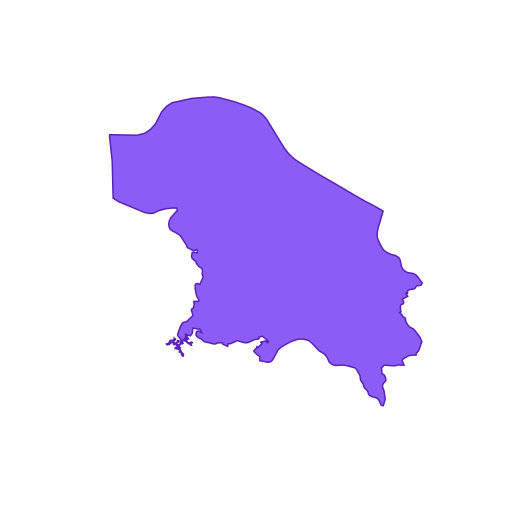 Quang Yen, Quảng Ninh, Vietnam, rotated 122°
{"feature_id": "81297802B38356347526872", "entity_name": "Quang Yen", "entity_type": "district", "adm_level": 2, "iso_a3": "VNM", "parent_name": "Vietnam", "parent_adm1": "Quảng Ninh", "projection": "equal_earth", "projection_center": [106.908, 20.924], "detail": "fine", "context": "isolated", "style": "filled", "palette": "violet", "viewbox_px": 512, "rotation_deg": 122, "n_neighbors": 0, "source": "geoboundaries", "source_scale": "gbopen_adm2", "svg_char_len": 6129}
<svg xmlns="http://www.w3.org/2000/svg" viewBox="0 0 512 512"><g transform="rotate(122 256 256)"><path d="M282.8,407.7L282.7,400.9L278.1,373.3L276.3,368.7L274.0,365.6L268.9,362.4L263.6,357.4L259.3,351.9L257.3,348.5L259.6,346.6L261.2,347.4L268.8,348.5L271.8,348.2L274.8,347.2L277.4,345.1L278.7,343.0L279.0,341.1L279.0,339.8L278.7,336.4L278.7,333.0L279.1,330.5L283.4,321.2L285.1,318.9L285.3,318.2L285.0,317.3L284.8,313.3L284.1,311.4L283.2,310.6L281.8,309.9L281.9,309.2L284.3,307.6L284.9,307.9L285.7,311.0L286.6,311.9L288.2,311.5L290.9,310.1L291.8,308.9L292.3,306.9L292.5,304.5L294.0,302.3L295.0,299.6L295.3,298.0L295.1,296.2L295.7,294.9L297.5,293.0L299.0,292.7L300.4,291.7L301.6,289.7L310.0,288.6L310.2,291.0L311.2,292.1L312.6,292.3L316.1,290.2L320.6,285.9L322.3,283.8L323.0,281.9L323.9,280.9L325.1,280.9L327.1,284.3L327.5,284.7L330.0,282.7L332.2,281.9L333.7,281.8L335.1,282.4L336.4,282.0L337.3,280.7L339.7,278.3L340.6,278.1L348.8,280.2L349.6,281.3L351.2,282.7L353.1,283.0L356.7,282.6L362.3,281.4L364.4,280.8L365.2,279.6L367.3,273.9L367.2,273.6L366.7,273.2L361.9,272.6L361.2,272.9L359.9,274.4L359.4,273.7L358.6,269.4L357.3,269.2L355.9,269.1L354.0,269.5L353.2,270.2L350.5,271.2L348.9,266.9L347.8,264.8L349.8,261.5L349.9,262.4L349.7,264.1L350.4,265.4L351.2,266.2L352.6,266.1L353.9,265.6L354.8,264.8L355.3,264.0L355.6,262.7L355.8,260.2L355.3,259.1L356.1,254.8L355.9,253.8L353.9,248.2L353.2,245.6L351.8,243.5L350.4,242.9L347.6,238.9L347.5,238.4L348.1,238.0L348.4,237.1L347.8,234.1L347.8,232.2L347.5,232.1L346.7,232.7L345.0,233.1L344.1,231.3L337.7,227.0L335.9,220.5L334.7,218.2L333.4,216.7L329.0,213.7L327.7,213.1L325.1,209.9L324.2,209.7L323.1,210.5L320.7,208.0L321.4,201.7L321.9,201.7L322.2,200.2L323.4,200.1L323.6,200.4L322.9,202.4L323.0,203.0L325.1,204.9L326.3,206.2L326.6,206.3L326.8,205.9L326.9,205.1L326.8,204.8L328.5,204.5L328.7,204.9L332.4,205.9L332.6,207.3L333.0,207.2L333.0,206.3L336.6,207.5L337.5,207.6L337.9,207.3L338.3,206.5L339.1,202.4L339.3,199.5L342.8,197.4L340.0,189.8L338.4,187.9L337.3,187.3L335.0,186.8L324.1,187.5L320.4,186.6L315.9,184.3L311.1,181.6L306.7,178.3L304.0,175.9L301.5,172.0L300.0,167.7L299.8,165.7L300.2,162.8L302.9,152.6L302.9,147.2L303.3,144.7L304.5,141.6L307.0,138.0L307.6,135.2L307.3,132.2L306.6,130.4L302.3,124.2L300.8,120.7L298.4,112.5L298.5,111.6L301.5,105.8L303.0,103.8L304.8,102.6L306.3,100.8L307.7,97.4L309.7,95.2L310.6,93.5L311.1,90.8L311.7,89.4L313.7,87.1L314.1,85.4L313.9,83.1L312.6,79.1L312.5,77.4L313.4,74.8L316.0,71.2L316.1,70.0L315.8,69.3L315.5,68.7L308.8,70.6L303.2,75.4L301.9,76.7L300.1,79.2L298.6,80.2L296.3,80.5L293.4,79.8L292.2,80.1L289.9,82.6L289.1,83.7L288.7,87.2L286.3,88.7L284.7,90.2L281.3,89.6L280.5,89.2L275.8,80.3L273.1,77.8L270.2,72.6L267.1,76.7L266.8,76.8L265.9,76.7L264.6,76.3L259.4,73.5L257.3,71.0L255.1,67.7L253.3,68.6L250.9,67.9L249.0,68.1L240.7,70.0L237.9,74.1L235.1,81.5L234.4,84.1L234.8,87.8L234.3,89.9L232.9,93.0L231.7,94.7L229.7,96.3L229.5,96.7L229.6,99.4L228.6,101.2L227.8,104.4L226.6,103.4L224.5,105.3L222.0,106.9L220.4,107.3L218.4,105.7L216.9,106.2L214.9,109.0L209.8,105.9L208.9,107.5L208.7,108.6L208.2,109.2L207.9,109.1L207.4,107.9L207.2,107.8L206.7,107.9L205.7,109.0L205.2,109.0L202.8,107.7L201.9,106.8L201.5,105.9L199.5,104.1L196.1,103.9L194.0,101.1L193.0,100.5L190.4,100.9L190.2,102.4L187.9,108.0L187.4,109.6L187.3,111.0L187.5,113.3L189.7,118.6L189.9,120.3L189.8,122.3L189.5,123.9L188.8,125.6L187.5,127.3L182.8,131.9L182.0,133.2L181.6,134.9L181.7,138.1L183.0,142.1L183.5,145.4L183.6,148.4L183.3,151.1L181.1,155.6L177.3,161.4L176.0,162.9L174.5,164.1L170.9,166.0L167.7,167.2L150.5,172.0L151.0,184.4L151.7,191.7L152.2,203.6L152.7,224.1L153.4,243.5L153.7,264.4L153.6,271.4L153.4,275.0L152.8,278.8L151.5,283.9L149.3,289.6L134.8,318.6L133.6,321.9L132.6,325.6L132.3,328.6L132.9,338.1L134.2,345.5L136.5,355.8L141.2,371.1L143.3,375.8L147.1,381.5L156.4,394.0L170.5,408.4L176.3,411.1L183.8,412.4L196.6,411.3L204.0,412.4L210.8,415.3L216.6,420.9L230.6,444.3L231.6,444.0L232.6,443.3L251.8,428.2L282.8,407.7ZM371.4,280.5L369.5,280.0L369.1,280.3L369.0,281.5L369.5,280.9L369.8,280.8L370.3,281.6L370.9,281.5L371.5,281.9L371.8,281.9L372.3,283.3L372.8,283.7L373.3,283.7L373.5,284.1L374.4,284.0L374.5,283.2L374.9,283.0L375.1,283.8L375.5,283.7L376.0,284.0L376.7,283.8L378.0,285.4L378.3,285.1L378.3,284.1L377.4,283.3L376.9,282.5L376.3,282.6L375.3,282.2L374.9,282.5L373.3,281.1L372.9,280.2L372.5,280.3L372.2,281.2L371.8,281.1L371.4,280.5ZM371.8,273.7L370.6,273.2L370.5,273.4L370.9,273.9L371.7,273.9L372.3,274.9L372.5,275.7L372.4,278.1L372.5,278.5L373.5,279.6L374.4,279.7L374.6,278.7L374.5,278.3L373.8,278.1L373.2,277.4L373.3,275.9L373.8,276.1L374.2,276.0L374.2,275.7L373.8,275.2L374.3,274.4L373.4,273.3L373.1,273.6L372.2,273.4L371.8,273.7ZM377.8,269.4L376.8,268.7L375.9,269.8L375.7,270.5L374.9,271.3L375.2,272.5L375.1,272.9L374.7,272.3L373.8,271.8L373.8,272.2L374.6,273.1L374.2,274.0L374.5,273.9L375.1,274.3L375.0,273.2L375.9,273.1L376.2,271.8L376.1,270.7L376.5,269.6L377.0,269.7L377.0,270.2L377.7,270.4L378.1,270.2L377.8,269.4ZM379.5,266.2L379.7,264.9L379.3,264.6L378.5,265.4L377.7,265.4L377.5,265.7L377.7,267.0L377.2,267.4L377.0,268.0L377.4,268.2L378.0,267.9L378.3,267.3L379.0,267.1L379.5,266.2ZM369.8,272.5L369.3,271.8L368.8,271.6L368.5,272.5L367.7,272.6L367.7,273.2L368.0,274.7L368.7,274.9L369.3,274.7L369.5,273.9L369.4,273.4L369.8,273.0L369.8,272.5ZM365.8,268.9L366.1,266.7L365.8,265.5L365.9,264.6L366.2,263.9L365.9,263.4L365.5,263.9L365.5,265.3L365.0,266.0L365.4,268.3L365.3,268.8L365.8,268.9ZM365.5,272.5L365.8,271.8L365.6,270.4L365.2,269.5L364.9,269.5L364.6,270.0L364.9,272.2L365.0,272.5L365.5,272.5ZM362.2,269.9L362.0,269.4L361.5,270.0L361.5,270.4L362.4,270.5L363.0,271.9L363.3,271.9L363.4,270.1L362.2,269.9ZM376.8,275.5L376.8,273.5L376.4,273.1L375.9,273.7L375.9,274.6L376.0,275.4L376.3,275.7L376.6,275.9L377.1,275.6L376.8,275.5ZM370.0,276.8L370.0,276.3L368.8,276.7L369.3,277.8L371.1,277.3L370.9,277.0L370.0,276.8ZM363.8,264.5L363.4,264.0L363.1,264.1L363.4,265.4L364.2,265.8L364.5,265.5L364.6,265.1L364.3,264.7L363.8,264.5ZM361.1,272.7L361.7,272.4L361.7,272.0L360.8,271.8L360.3,272.0L360.3,272.6L361.1,272.7Z" fill="#8b5cf6" stroke="#5b21b6" stroke-width="1.5"/></g></svg>